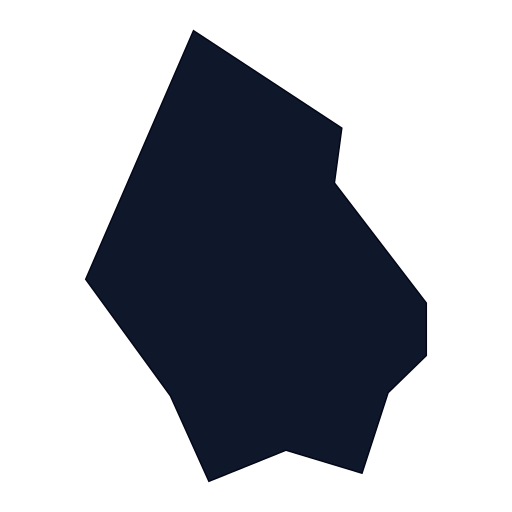 SVG path tracing the border of Melekeok
{"feature_id": "PLW-5250", "entity_name": "Melekeok", "entity_type": "state/province", "adm_level": 1, "iso_a3": "PLW", "parent_name": "Palau", "parent_adm1": "", "projection": "albers", "projection_center": [134.62, 7.515], "detail": "fine", "context": "isolated", "style": "filled", "palette": "ink", "viewbox_px": 512, "rotation_deg": 0, "n_neighbors": 0, "source": "natural_earth", "source_scale": "10m", "svg_char_len": 274}
<svg xmlns="http://www.w3.org/2000/svg" viewBox="0 0 512 512"><path d="M341.8,128.1L334.4,182.9L426.3,303.0L426.3,355.5L388.1,392.7L362.0,473.2L285.9,450.2L208.9,481.3L170.4,395.8L85.7,279.3L193.5,30.7L341.8,128.1Z" fill="#0f172a" stroke="#020617" stroke-width="1.5"/></svg>